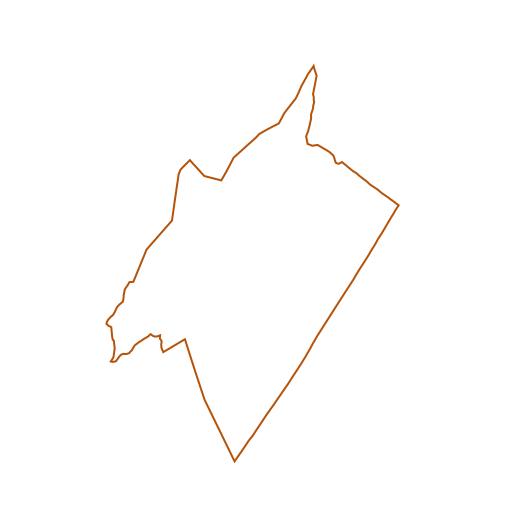 the district of Bejucal de Ocampo, Chiapas, Mexico, rotated 203°
{"feature_id": "50627088B40771166134628", "entity_name": "Bejucal de Ocampo", "entity_type": "district", "adm_level": 2, "iso_a3": "MEX", "parent_name": "Mexico", "parent_adm1": "Chiapas", "projection": "equal_earth", "projection_center": [-92.152, 15.488], "detail": "fine", "context": "isolated", "style": "outline", "palette": "amber", "viewbox_px": 512, "rotation_deg": 203, "n_neighbors": 0, "source": "geoboundaries", "source_scale": "gbopen_adm2", "svg_char_len": 3268}
<svg xmlns="http://www.w3.org/2000/svg" viewBox="0 0 512 512"><g transform="rotate(203 256 256)"><path d="M277.2,453.4L277.3,452.7L278.8,445.6L279.3,443.4L279.6,439.6L280.3,433.1L280.6,430.0L280.6,425.6L280.6,423.5L280.8,419.5L281.0,416.4L282.1,412.3L284.2,404.6L285.6,399.3L285.9,396.9L286.5,390.0L286.8,386.9L290.7,382.3L294.3,377.9L295.0,377.0L298.7,372.2L300.7,369.6L301.5,367.2L302.2,365.3L303.8,361.8L306.7,355.7L309.5,349.6L312.2,343.8L315.0,337.9L315.5,331.7L316.0,325.6L316.4,320.9L317.5,312.0L320.5,311.6L326.9,310.6L332.9,309.7L334.8,309.4L340.7,312.1L345.4,314.3L349.9,316.3L350.5,316.6L354.3,318.4L356.1,313.9L357.5,310.5L358.1,309.0L359.2,306.0L359.2,301.1L358.8,299.7L356.6,291.4L355.9,288.5L354.9,284.9L353.2,278.3L352.4,275.3L347.2,255.8L359.3,219.1L359.2,215.5L358.8,184.3L360.2,183.6L361.5,183.0L362.2,182.7L362.8,178.6L363.1,177.2L363.4,176.0L363.7,173.6L363.0,170.9L363.0,170.6L362.4,167.9L362.1,167.1L361.6,165.9L361.0,163.5L361.0,163.3L360.7,162.0L362.0,159.4L362.3,158.9L362.5,158.5L363.3,156.6L363.8,154.9L364.0,153.4L364.1,151.6L364.1,150.3L364.0,149.8L364.5,146.6L364.7,145.3L365.2,144.6L365.6,144.1L366.2,142.4L367.1,140.1L367.2,139.4L367.5,137.1L367.2,135.1L365.4,134.5L364.2,134.1L363.0,134.1L361.4,133.9L357.9,127.4L357.0,125.7L355.1,122.9L353.9,122.6L353.7,122.4L351.4,118.3L349.9,115.6L347.7,107.2L347.8,105.9L348.5,102.2L347.0,102.3L343.9,104.2L343.3,106.5L342.7,109.4L341.8,112.2L339.8,114.2L338.3,114.5L336.8,115.3L334.8,117.0L334.2,119.1L333.5,120.4L333.2,123.3L332.7,126.3L330.5,130.3L328.5,133.1L326.9,135.7L325.6,137.5L323.8,139.8L323.0,142.1L322.4,142.9L321.0,142.5L319.3,142.2L318.0,142.2L316.7,142.8L315.5,143.4L313.3,145.5L312.8,143.8L312.1,142.3L310.3,141.3L309.5,140.5L308.4,136.9L307.4,135.0L306.0,133.3L304.5,132.1L303.8,131.3L288.9,151.6L268.7,128.1L247.2,103.6L209.6,70.9L195.5,58.6L192.9,70.8L190.5,83.3L188.7,90.0L187.2,98.2L183.9,115.9L183.8,116.0L182.8,120.7L181.7,125.4L180.0,134.0L177.0,148.6L176.6,150.3L175.2,158.7L172.5,173.6L171.0,183.4L169.9,192.7L169.9,192.9L169.5,197.6L169.1,200.3L169.1,200.5L168.5,205.5L168.3,206.7L168.3,206.8L162.0,244.4L157.2,272.0L156.3,279.1L156.2,279.4L155.4,285.0L154.3,291.1L153.3,297.0L152.7,300.8L152.2,305.2L150.8,314.1L150.4,318.8L149.8,322.4L149.0,326.6L147.3,339.8L146.5,345.6L146.0,348.5L146.0,348.8L145.6,352.3L144.5,358.4L153.0,360.5L154.2,360.7L155.9,361.2L159.0,361.9L159.7,362.0L164.5,363.0L167.3,363.8L169.4,364.5L170.2,364.7L172.6,365.2L173.8,365.4L178.2,366.2L179.1,366.4L182.0,367.5L183.8,368.1L186.4,368.7L188.2,369.2L190.3,369.7L192.3,370.2L192.5,370.3L196.0,371.5L200.1,372.1L207.0,374.1L207.9,374.5L210.7,375.2L213.5,376.1L215.9,373.2L216.9,373.0L219.0,373.0L220.3,374.4L220.9,375.1L222.2,376.8L224.0,378.7L226.7,379.6L229.2,380.5L230.7,380.7L232.5,381.0L234.9,381.3L236.7,381.5L238.5,381.8L240.4,382.0L242.6,382.3L243.8,381.6L245.8,380.4L247.3,379.5L249.8,379.4L251.8,379.4L252.2,379.3L253.1,380.5L254.4,382.5L254.6,382.7L256.0,384.8L256.6,385.6L256.8,391.4L257.7,397.2L257.8,397.6L258.6,402.0L258.9,403.9L259.9,406.2L260.7,408.1L261.0,412.2L261.4,415.2L262.1,416.7L262.3,418.7L262.6,420.5L263.8,422.1L264.6,424.1L265.5,425.7L266.7,427.1L270.6,445.6L272.1,447.3L274.9,450.4L276.0,451.8L277.2,453.4Z" fill="none" stroke="#b45309" stroke-width="2"/></g></svg>